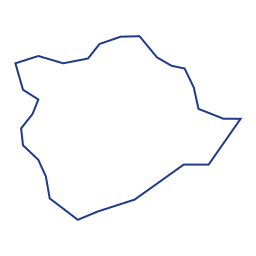 the border of Klina
{"feature_id": "KOS-5888", "entity_name": "Klina", "entity_type": "District", "adm_level": 1, "iso_a3": "XKX", "parent_name": "Kosovo", "parent_adm1": "", "projection": "natural_earth1", "projection_center": [20.583, 42.6], "detail": "fine", "context": "isolated", "style": "outline", "palette": "blue", "viewbox_px": 256, "rotation_deg": 0, "n_neighbors": 0, "source": "natural_earth", "source_scale": "10m", "svg_char_len": 434}
<svg xmlns="http://www.w3.org/2000/svg" viewBox="0 0 256 256"><path d="M139.5,36.2L157.0,57.4L171.6,65.8L184.6,68.5L193.8,87.5L198.5,108.9L223.4,118.7L240.6,118.8L208.6,164.6L183.7,164.6L134.6,199.6L97.9,211.4L77.8,219.8L49.7,198.4L45.9,176.6L38.3,159.8L23.0,145.3L21.1,128.4L32.6,113.9L38.3,99.5L23.0,89.8L15.4,63.3L38.3,56.0L63.2,63.3L88.0,58.5L99.5,44.0L120.6,36.7L139.5,36.2Z" fill="none" stroke="#1e3a8a" stroke-width="2"/></svg>